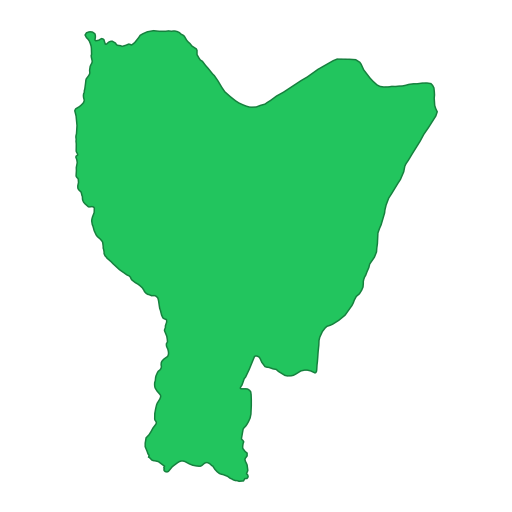 outline of Ocamonte, Santander, Colombia
{"feature_id": "7082276B93797030728524", "entity_name": "Ocamonte", "entity_type": "district", "adm_level": 2, "iso_a3": "COL", "parent_name": "Colombia", "parent_adm1": "Santander", "projection": "mercator", "projection_center": [-73.133, 6.346], "detail": "fine", "context": "isolated", "style": "filled", "palette": "green", "viewbox_px": 512, "rotation_deg": 0, "n_neighbors": 0, "source": "geoboundaries", "source_scale": "gbopen_adm2", "svg_char_len": 5899}
<svg xmlns="http://www.w3.org/2000/svg" viewBox="0 0 512 512"><path d="M437.2,111.8L435.7,108.6L434.7,105.5L434.2,98.2L434.5,95.0L434.3,91.6L433.9,87.9L432.6,85.4L430.9,83.6L426.9,83.0L422.3,83.1L417.1,83.8L413.6,83.8L408.9,84.4L405.7,85.3L402.3,86.0L399.1,86.1L395.5,86.5L391.7,86.4L388.9,86.9L383.7,87.0L379.9,86.4L377.1,85.0L372.9,81.2L370.1,78.2L363.7,69.9L361.1,64.2L359.8,62.3L355.7,59.7L349.7,59.3L337.1,59.1L333.2,60.7L317.9,69.4L307.3,77.0L301.1,80.6L283.5,92.2L276.6,96.0L270.5,100.5L267.1,102.6L265.1,104.1L260.4,105.4L256.3,107.0L251.9,107.2L249.5,107.1L246.1,106.1L242.6,104.7L238.9,103.0L235.5,100.8L230.1,96.5L224.8,91.8L221.8,87.4L218.0,81.0L214.3,75.6L212.7,74.1L208.3,68.6L205.4,65.3L202.4,61.3L200.3,60.0L199.1,58.3L197.0,54.6L197.0,50.4L196.3,48.9L192.0,46.1L189.9,43.5L188.2,42.0L186.7,40.3L184.3,36.2L183.1,35.2L181.1,34.2L179.4,32.6L177.3,31.6L174.8,31.0L173.2,31.0L171.6,31.3L168.5,30.9L165.6,31.3L163.1,31.3L159.4,31.3L153.5,30.7L147.3,31.8L142.8,33.8L140.2,35.3L138.7,37.6L134.7,42.6L132.3,44.5L131.4,45.0L129.9,44.3L128.6,44.1L126.1,45.2L122.1,46.4L120.6,45.7L117.5,45.3L116.4,44.6L115.5,43.1L112.2,41.2L110.8,41.3L109.1,41.9L107.7,43.0L106.4,44.2L105.4,44.2L104.6,42.1L103.9,39.7L103.0,39.0L101.6,38.6L100.6,39.1L98.9,40.2L95.9,40.8L94.9,40.0L95.4,37.1L95.3,35.2L94.8,33.7L92.5,32.1L90.6,31.8L89.0,31.9L86.5,32.8L85.1,35.0L86.5,37.7L87.7,38.8L89.2,40.8L90.2,43.2L91.1,46.0L91.4,48.2L91.6,54.4L91.2,55.4L91.3,56.9L92.1,60.6L92.2,62.0L91.6,63.5L90.8,65.0L90.2,66.4L89.6,70.2L89.8,72.8L89.6,74.0L88.5,75.9L86.3,78.8L85.9,80.1L85.5,83.7L84.8,88.9L84.3,90.8L84.3,92.4L83.6,93.9L83.4,95.8L83.6,97.6L84.2,99.9L84.2,100.8L83.6,102.4L82.9,103.4L80.9,105.4L79.3,106.7L75.9,108.7L75.4,109.3L74.8,110.8L76.1,116.1L77.0,125.6L76.5,133.7L76.0,135.7L75.9,137.1L76.2,139.7L76.0,141.1L76.3,143.9L76.2,150.6L76.3,151.6L76.8,152.6L77.2,153.2L77.7,154.7L77.5,155.3L76.6,155.8L76.1,156.2L75.9,157.2L76.8,159.7L77.2,162.2L77.2,162.9L76.3,167.5L76.4,170.6L76.1,175.7L76.3,176.6L77.1,177.7L77.8,178.3L78.2,179.0L78.3,179.9L78.5,182.5L77.8,185.8L77.8,187.3L78.0,188.6L79.0,190.1L80.5,191.5L81.2,192.3L81.9,195.3L82.4,196.6L82.5,199.2L82.9,200.6L83.6,202.1L84.9,203.7L88.4,206.8L90.0,206.9L91.1,206.6L93.1,206.8L93.9,207.4L94.3,207.9L94.2,212.5L92.5,216.9L91.9,219.2L91.7,220.9L92.3,224.6L93.0,226.3L94.2,230.7L96.2,235.0L97.4,236.6L100.3,239.1L102.2,241.4L102.7,242.5L103.2,246.4L103.2,248.1L103.7,249.7L104.1,252.0L104.1,253.6L104.5,254.6L105.2,256.0L106.3,257.1L107.1,258.3L111.0,261.6L113.2,263.9L119.4,269.6L126.9,274.9L129.2,275.9L130.5,277.3L131.0,278.7L131.8,279.9L135.4,282.7L137.9,284.1L139.9,285.6L142.3,287.8L144.0,290.4L144.5,291.6L146.3,293.5L147.9,294.4L149.0,294.6L151.6,295.7L154.3,295.6L155.6,295.9L157.6,297.6L158.1,298.8L158.6,301.0L159.7,308.4L160.4,310.3L161.6,315.1L162.9,317.9L163.9,318.6L165.3,319.2L166.0,319.3L166.5,319.8L166.7,322.0L165.4,325.9L165.4,327.6L164.6,329.6L164.5,330.6L166.8,336.3L167.3,339.5L167.5,341.9L166.4,343.8L166.4,344.9L166.5,346.0L167.0,347.4L167.8,349.0L168.3,351.1L168.5,352.6L168.5,353.8L168.1,355.6L167.4,356.6L164.0,359.0L162.7,360.3L161.9,361.3L161.3,362.6L161.2,363.6L161.1,364.9L161.4,366.4L161.3,367.3L161.0,368.4L160.1,369.8L158.2,371.3L157.4,372.7L156.0,375.9L155.6,377.6L155.3,380.7L154.7,382.6L154.6,384.3L154.7,386.0L155.0,387.5L155.4,388.4L157.1,391.1L160.3,394.8L160.6,395.6L160.7,396.5L160.4,397.6L159.8,399.1L157.3,403.1L156.6,404.8L155.7,408.6L154.8,413.5L154.7,418.9L154.9,419.9L156.1,421.7L156.3,422.4L156.2,423.6L155.5,424.7L153.0,428.0L151.9,430.0L151.1,431.5L149.0,434.8L146.1,437.8L145.2,443.1L145.2,446.7L147.1,451.3L148.0,453.9L149.1,455.4L148.6,457.1L149.3,457.4L151.9,460.1L153.3,460.6L155.0,460.8L158.4,461.6L164.5,466.2L163.8,467.9L164.0,468.0L164.3,468.5L164.3,469.0L163.9,469.9L164.3,470.7L165.0,471.4L165.9,471.8L167.0,471.9L168.2,471.5L168.9,470.8L172.1,466.9L173.8,465.5L177.7,462.6L179.4,461.6L181.2,461.0L183.0,461.0L184.9,461.5L189.4,463.9L192.6,465.2L196.2,465.9L198.9,466.2L200.3,466.2L201.5,465.7L202.3,465.1L203.9,463.7L204.8,463.1L206.0,462.6L207.1,462.6L208.1,462.8L209.9,463.8L211.8,465.6L212.8,466.1L214.9,469.3L217.1,471.7L219.4,473.5L221.3,474.2L223.2,474.6L227.7,476.4L230.2,478.3L231.5,478.8L233.4,479.9L235.5,480.6L237.0,480.6L239.1,481.3L243.5,480.9L244.8,478.6L246.9,478.5L247.5,477.9L248.1,476.8L247.9,475.6L247.6,474.8L246.6,473.9L246.7,473.0L247.4,471.6L247.8,470.3L247.4,467.2L247.1,465.0L246.4,463.3L245.6,461.8L244.9,459.7L245.3,458.3L247.1,455.9L247.1,453.1L245.1,451.5L242.7,448.3L242.7,446.1L243.1,443.4L243.7,441.9L243.4,441.2L242.6,440.2L241.6,439.3L241.5,438.2L243.1,429.2L243.9,427.9L245.7,426.1L246.9,424.4L248.5,421.6L250.1,418.0L250.9,414.2L251.3,405.5L251.3,399.8L251.1,394.6L250.7,391.8L249.8,390.6L248.6,389.6L247.4,389.0L245.7,388.8L241.2,388.8L240.4,388.4L240.4,387.6L240.8,386.7L241.8,385.3L242.7,383.0L244.2,378.7L245.6,377.0L249.2,369.4L254.4,356.7L255.3,356.0L256.7,356.0L258.3,356.6L259.2,357.2L260.1,358.5L261.8,362.3L265.0,366.6L266.9,367.2L268.9,367.4L273.1,368.9L276.2,369.4L278.4,371.4L284.9,375.4L287.4,375.9L291.1,375.8L293.4,375.3L295.7,374.1L300.9,370.9L304.6,370.1L307.2,370.1L310.7,370.9L312.8,371.9L315.0,372.9L315.7,372.6L316.4,371.6L316.7,370.0L317.0,364.9L317.4,361.6L317.7,357.7L318.1,351.8L318.8,345.2L319.0,340.4L319.8,337.1L321.2,334.1L322.4,331.5L325.1,328.0L327.0,326.3L330.1,325.3L332.6,324.2L338.8,320.3L345.1,315.1L352.0,305.4L353.3,302.8L354.3,300.1L356.3,296.4L359.4,293.8L361.6,290.3L363.0,287.0L363.3,283.6L363.3,281.4L363.8,279.2L364.6,277.0L365.6,275.4L367.0,271.7L368.8,267.6L369.7,264.0L374.4,257.2L376.5,251.9L376.8,247.9L377.4,243.6L377.9,233.0L379.6,228.2L381.1,224.8L384.6,212.9L384.9,210.0L386.1,205.0L388.7,198.1L391.8,193.3L397.9,183.3L400.4,179.5L403.7,171.8L404.8,166.2L406.0,163.7L408.5,160.0L412.4,153.5L420.2,141.0L423.8,134.3L428.7,127.2L435.8,116.0L437.2,111.8Z" fill="#22c55e" stroke="#15803d" stroke-width="1.5"/></svg>